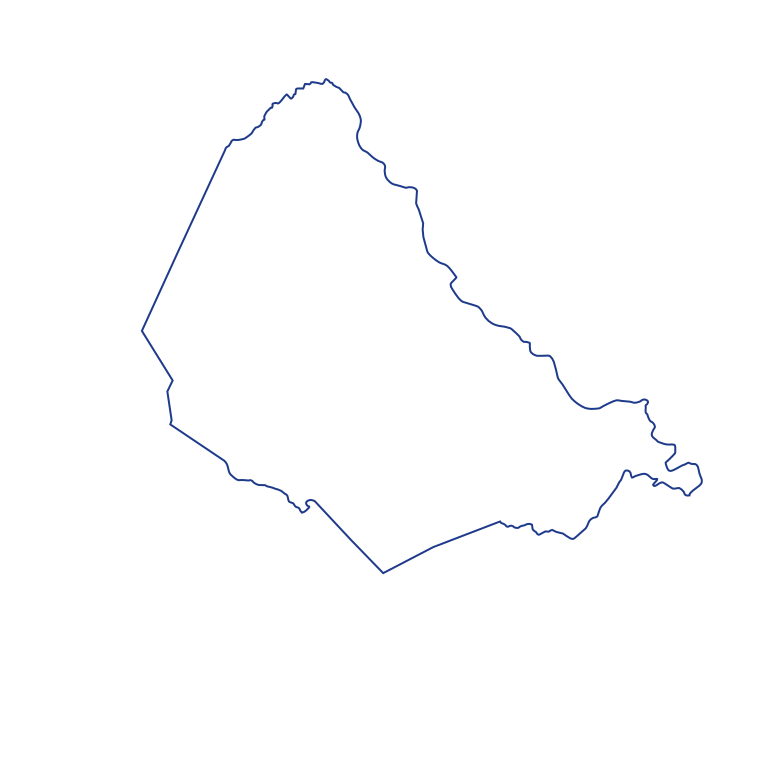 outline of Talgua, Lempira, Honduras, rotated 49°
{"feature_id": "27666195B88507723108763", "entity_name": "Talgua", "entity_type": "district", "adm_level": 2, "iso_a3": "HND", "parent_name": "Honduras", "parent_adm1": "Lempira", "projection": "robinson", "projection_center": [-88.718, 14.682], "detail": "fine", "context": "isolated", "style": "outline", "palette": "blue", "viewbox_px": 768, "rotation_deg": 49, "n_neighbors": 0, "source": "geoboundaries", "source_scale": "gbopen_adm2", "svg_char_len": 6162}
<svg xmlns="http://www.w3.org/2000/svg" viewBox="0 0 768 768"><g transform="rotate(49 384 384)"><path d="M155.7,224.7L146.5,222.7L142.7,221.5L140.9,221.5L138.8,222.0L137.5,223.1L137.0,223.3L131.2,223.6L128.5,225.0L125.7,225.9L124.5,226.1L123.5,225.7L122.9,225.6L122.3,225.8L121.7,226.5L121.2,226.8L118.8,226.8L116.4,227.4L115.8,227.9L115.8,228.6L116.0,229.5L116.7,230.7L117.0,231.6L117.2,233.1L117.0,233.7L115.9,234.8L113.4,236.4L109.1,240.1L108.6,240.9L109.0,242.4L108.9,243.7L107.4,245.0L105.8,246.8L106.0,247.4L106.8,248.7L108.0,251.1L104.6,254.9L104.0,255.9L103.8,256.6L104.2,257.4L107.0,260.6L107.0,260.9L106.6,261.5L106.5,262.0L106.7,262.6L107.6,264.0L107.9,266.4L107.5,266.9L106.7,267.2L102.1,267.3L101.6,267.6L101.7,270.2L102.8,275.8L103.0,278.0L103.0,279.1L102.8,279.7L102.6,280.1L101.3,280.9L100.6,281.6L99.9,283.0L99.5,284.1L99.7,284.7L101.0,285.6L102.0,287.1L101.9,287.6L101.3,287.9L101.2,288.2L101.6,294.0L103.2,298.4L104.7,299.8L105.7,300.4L106.0,300.7L106.0,301.1L105.6,301.6L105.8,303.0L106.3,304.5L107.5,306.3L107.7,307.7L107.4,310.3L107.0,311.3L106.4,312.4L106.3,312.9L106.8,315.8L108.0,319.5L107.9,323.2L107.4,327.9L106.9,329.2L105.0,332.7L103.2,335.2L101.3,336.9L100.8,337.7L100.6,338.6L100.7,339.7L101.6,342.0L102.5,344.8L102.4,345.5L102.0,347.3L102.2,348.8L103.2,350.5L150.3,455.4L185.1,531.9L242.7,541.2L247.5,552.4L272.1,568.1L274.3,571.8L337.1,554.9L339.0,554.8L341.5,555.2L343.4,555.9L348.4,558.5L350.5,559.1L352.0,559.1L354.9,558.8L357.7,558.3L359.8,557.7L361.5,556.5L363.5,553.9L368.0,549.5L368.6,548.3L369.2,547.7L370.8,547.0L372.8,547.0L373.8,546.7L375.7,546.1L377.5,545.1L378.5,544.4L382.2,540.2L384.4,539.4L388.9,536.3L391.7,534.8L394.1,533.2L396.4,532.1L397.5,531.6L401.2,531.0L403.1,530.3L404.6,530.2L405.3,530.4L409.3,532.5L410.5,532.8L412.0,532.2L414.2,530.9L415.1,530.8L417.5,531.2L418.6,531.1L419.4,530.9L420.5,530.1L422.1,529.6L422.9,529.7L424.9,530.3L427.3,530.3L427.4,529.5L428.0,528.7L428.1,528.2L428.4,525.5L428.2,524.2L428.2,522.5L427.8,521.1L427.3,520.9L426.7,521.3L425.1,521.7L423.6,521.4L422.9,521.0L422.4,520.5L422.1,519.8L422.0,518.9L422.3,517.4L423.4,515.4L424.6,514.4L426.8,513.1L480.6,511.2L526.2,508.7L539.4,453.8L563.9,386.6L565.6,386.8L567.8,385.6L568.9,385.2L570.1,384.9L571.4,385.0L572.2,384.8L573.2,383.9L573.7,381.9L574.7,380.7L575.8,380.0L577.8,379.7L579.8,378.2L580.7,376.9L580.9,374.6L581.5,373.0L582.7,370.9L583.5,368.2L584.4,366.7L585.6,365.5L586.7,364.9L587.4,364.7L590.8,366.9L591.7,367.2L593.3,367.0L595.8,366.4L597.7,366.7L599.1,366.3L599.4,366.0L599.7,365.1L601.1,359.0L603.5,356.5L603.7,355.9L603.8,354.3L604.5,352.8L608.7,351.0L614.4,347.0L618.8,345.9L622.8,344.6L624.3,343.7L625.1,342.6L625.3,341.4L625.4,339.3L625.3,326.5L624.3,323.6L622.4,319.8L622.0,318.4L621.8,316.7L622.1,314.4L622.5,313.5L623.5,311.7L623.8,310.5L623.8,309.7L620.0,303.2L619.2,301.3L618.8,299.1L618.6,295.0L617.8,290.1L614.8,276.6L612.5,271.0L612.0,268.5L611.5,267.2L608.2,260.9L607.8,259.5L607.9,258.4L608.5,257.6L609.3,256.8L610.3,256.3L611.1,256.1L612.6,256.2L615.7,257.8L617.2,258.2L617.7,257.7L618.5,254.4L620.8,249.2L622.3,246.7L623.8,245.4L626.0,244.6L630.3,244.0L631.8,243.5L633.0,242.6L634.1,240.9L634.7,240.3L634.9,240.2L635.4,240.7L635.7,241.4L636.1,244.6L636.5,246.8L637.0,247.2L637.9,247.1L638.5,246.6L639.0,245.7L639.6,241.4L640.4,239.0L641.0,238.3L642.8,237.5L651.2,235.1L652.2,234.7L653.5,233.5L655.7,230.0L656.3,229.4L658.5,228.7L661.1,228.5L662.1,228.5L664.3,229.3L665.6,229.3L667.1,228.4L668.5,226.5L667.6,225.5L667.2,223.8L667.1,220.7L667.6,212.8L667.4,210.4L666.8,208.9L665.7,207.7L664.4,206.8L658.6,204.7L654.2,202.3L652.3,201.4L650.3,201.2L648.9,201.5L648.0,202.2L646.7,203.7L645.8,204.5L644.9,205.0L643.6,205.5L643.2,205.8L642.8,206.8L642.2,209.4L641.0,212.7L639.4,220.1L638.5,223.1L637.8,224.5L637.0,225.3L636.3,225.7L635.2,225.8L633.6,225.5L631.6,224.8L629.5,223.9L628.2,223.1L628.0,222.0L628.0,218.6L627.6,213.0L627.2,209.8L626.7,209.1L625.2,207.7L623.0,205.8L621.6,204.9L620.7,204.7L620.1,204.9L618.6,206.3L616.0,209.4L614.4,210.9L612.5,212.2L608.1,214.7L607.2,215.1L604.6,215.3L601.2,215.9L599.5,215.9L598.0,215.3L596.9,214.1L595.4,211.2L594.6,208.5L594.3,207.9L593.7,207.4L592.1,206.7L590.2,206.5L588.8,206.6L587.1,207.3L585.7,207.3L583.0,206.6L579.6,205.2L577.7,205.3L577.1,205.1L575.7,204.1L573.4,201.8L572.0,200.8L571.8,200.2L571.8,198.5L571.0,196.7L570.2,196.2L569.0,196.2L567.2,197.0L566.6,197.6L565.9,198.5L565.4,199.7L565.3,201.6L564.8,203.2L563.8,205.4L562.8,206.9L561.8,207.9L558.9,209.8L552.5,215.9L550.0,217.9L548.8,219.3L547.5,222.3L546.1,226.9L544.6,232.7L543.8,237.0L543.4,237.8L541.6,240.4L538.9,243.8L536.4,246.2L534.0,247.9L530.8,249.3L527.7,250.3L525.4,250.9L522.1,251.5L518.3,251.9L513.8,251.5L501.6,249.6L495.3,249.2L494.0,248.9L492.5,248.3L486.0,244.8L478.7,241.3L475.1,240.4L472.5,240.4L471.5,240.6L470.4,241.3L466.1,246.6L463.1,250.0L461.3,251.1L459.3,251.9L456.7,252.3L454.8,251.8L451.4,249.4L449.3,247.5L448.6,247.1L447.3,247.8L445.8,248.8L443.9,250.8L442.4,251.3L440.0,251.4L437.6,250.7L436.7,250.6L432.3,250.9L425.9,251.7L424.6,252.2L420.0,255.3L415.7,259.0L413.7,260.4L411.3,261.8L408.7,262.8L404.9,263.7L401.0,263.9L397.8,263.5L393.0,262.1L390.5,262.0L387.8,262.2L386.5,262.7L384.7,263.7L373.7,270.6L371.5,271.2L368.2,271.4L363.0,271.0L357.2,270.2L354.8,269.7L353.1,268.8L352.3,268.1L351.9,267.2L351.2,259.8L350.8,259.3L343.1,258.7L338.9,258.6L336.7,258.8L335.4,259.1L333.7,259.7L330.4,261.6L328.5,262.5L324.6,263.6L320.8,264.3L317.7,264.7L314.1,264.8L312.4,264.4L299.0,257.9L292.8,253.5L288.4,249.0L274.9,243.2L271.5,242.3L268.7,241.2L260.2,232.7L259.2,232.1L257.1,232.2L254.9,233.2L253.7,234.1L252.5,235.3L251.6,236.4L250.7,238.2L249.8,239.1L244.8,242.2L239.7,245.7L237.9,246.5L236.4,246.9L234.3,247.2L232.0,247.3L230.2,247.1L228.4,246.6L226.2,245.5L223.6,243.7L222.7,242.8L221.3,241.1L220.3,240.3L219.1,239.8L217.7,239.6L215.7,239.9L211.9,242.0L207.4,243.4L204.6,243.9L198.6,244.6L197.3,245.0L193.9,246.4L192.5,246.6L190.7,246.6L187.8,246.1L184.7,245.0L181.8,243.6L179.5,241.9L178.0,240.4L176.9,239.1L176.3,238.0L175.0,234.9L173.4,232.4L170.7,229.2L168.7,227.7L165.8,226.4L162.9,225.6L155.7,224.7Z" fill="none" stroke="#1e3a8a" stroke-width="2"/></g></svg>